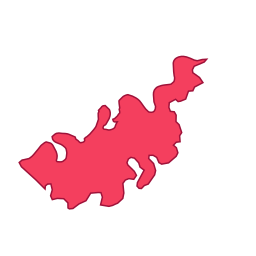 Concordia, Louisiana, United States of America, rotated 224°
{"feature_id": "52423323B66255567298861", "entity_name": "Concordia", "entity_type": "district", "adm_level": 2, "iso_a3": "USA", "parent_name": "United States of America", "parent_adm1": "Louisiana", "projection": "robinson", "projection_center": [-91.593, 31.366], "detail": "fine", "context": "isolated", "style": "filled", "palette": "rose", "viewbox_px": 256, "rotation_deg": 224, "n_neighbors": 0, "source": "geoboundaries", "source_scale": "gbopen_adm2", "svg_char_len": 3395}
<svg xmlns="http://www.w3.org/2000/svg" viewBox="0 0 256 256"><g transform="rotate(224 128 128)"><path d="M81.0,154.3L85.5,158.3L86.2,162.0L93.6,165.9L97.9,165.9L102.3,170.7L106.0,171.8L109.1,169.4L112.9,171.2L115.9,174.9L113.7,181.7L110.3,181.8L108.8,183.9L106.6,188.9L110.1,196.5L107.2,199.8L108.6,203.7L105.6,212.7L111.6,214.0L119.8,212.8L122.1,214.6L123.3,218.4L120.1,225.8L119.0,228.4L119.2,232.1L122.2,228.8L124.9,224.5L127.5,222.9L131.6,221.4L135.2,219.8L137.9,218.0L139.4,216.5L141.0,214.1L141.7,212.2L141.9,211.3L142.0,210.1L141.7,208.3L141.0,206.8L140.3,205.9L134.3,200.3L131.0,197.6L129.8,196.9L129.0,196.1L128.3,195.3L127.3,193.6L127.2,193.0L127.4,190.5L127.5,189.6L127.7,189.2L128.3,188.3L132.1,183.7L133.1,182.3L133.7,181.3L135.0,178.8L135.5,177.3L135.6,176.7L135.5,174.6L135.4,174.0L135.3,173.4L134.2,171.2L132.7,169.5L127.5,164.9L123.2,162.7L121.5,160.5L120.9,158.5L120.9,158.1L121.1,157.0L121.7,156.0L122.3,155.3L123.9,154.1L124.7,153.9L128.3,153.9L131.6,154.4L135.8,155.2L138.7,155.6L141.0,155.5L143.3,155.1L146.9,154.0L151.2,151.9L151.8,151.1L152.6,149.6L153.3,147.6L153.4,146.5L153.5,142.0L153.4,141.4L153.1,141.0L151.2,139.3L148.3,137.0L147.9,136.7L147.3,135.3L145.2,133.9L144.4,133.0L144.4,131.2L144.0,129.5L144.0,128.6L144.2,125.3L144.9,124.0L145.0,123.7L143.6,122.9L142.9,122.7L141.8,123.1L141.4,123.5L140.0,125.0L139.5,123.1L138.9,121.5L137.9,119.3L137.9,118.1L138.4,116.3L139.7,114.0L140.8,112.9L143.1,111.6L143.6,111.0L144.5,110.5L145.3,110.4L146.0,110.7L146.3,111.0L147.0,112.7L147.1,113.0L146.5,114.4L146.5,115.4L148.1,121.6L149.3,124.1L150.4,125.6L151.7,126.9L153.5,128.0L154.4,128.3L160.0,128.3L161.4,126.6L161.7,125.2L161.5,123.8L161.5,121.3L161.5,120.2L160.4,119.7L159.7,117.9L157.5,115.7L155.3,113.7L153.9,110.8L153.0,108.8L152.3,107.4L151.9,106.1L151.5,103.1L151.2,97.1L151.5,93.2L151.9,91.9L152.0,90.1L151.6,89.7L150.7,89.3L150.2,88.2L150.2,87.5L150.3,87.0L150.5,86.5L151.8,84.6L152.2,84.3L152.8,84.2L153.8,84.1L155.2,84.2L157.6,83.8L158.8,84.2L159.4,84.7L159.8,84.8L166.4,82.3L167.7,81.6L169.1,80.6L171.6,78.4L174.2,76.4L175.7,74.5L175.7,74.4L176.0,73.8L176.3,72.6L176.6,69.1L174.6,67.7L173.7,67.4L172.4,67.2L170.6,67.4L169.4,67.8L164.7,69.7L162.7,70.1L159.8,70.3L158.5,70.1L157.8,69.8L156.6,69.0L154.7,67.6L152.4,64.6L152.0,64.0L151.6,63.3L151.4,62.9L151.3,61.5L151.6,59.3L151.8,58.5L152.5,57.3L153.6,56.2L155.4,54.7L155.8,54.5L156.5,54.6L156.9,54.8L157.5,55.7L158.0,56.7L159.1,58.1L159.7,58.8L161.0,59.8L163.3,61.1L169.3,63.1L170.9,63.5L172.8,63.4L173.8,63.0L177.2,61.1L177.8,59.5L178.3,56.1L178.4,54.8L177.9,50.0L177.4,43.3L177.4,40.7L177.9,37.7L178.1,37.1L181.7,31.6L181.9,31.5L182.3,27.6L177.8,26.1L158.6,26.7L145.3,26.5L147.2,28.9L146.9,31.8L144.6,34.2L139.5,30.9L136.6,25.5L132.7,23.9L130.0,28.2L125.1,32.5L119.2,32.4L115.6,28.8L114.0,29.1L111.7,31.8L110.5,39.4L107.7,46.5L109.6,55.2L104.7,60.8L102.6,62.7L98.4,60.5L94.3,53.6L87.3,58.4L85.3,61.6L84.1,64.8L83.3,66.5L83.2,67.0L82.8,73.7L85.8,78.3L93.2,84.6L93.8,88.7L92.2,92.2L88.2,95.1L89.0,99.8L93.4,101.2L102.4,101.3L104.7,102.4L106.2,106.0L105.5,108.9L102.4,110.8L96.1,110.4L92.1,108.2L87.1,108.9L83.3,95.3L81.2,92.5L78.1,92.3L76.3,93.8L76.3,98.0L74.5,101.7L76.3,112.8L78.6,116.6L84.9,120.2L91.9,120.4L93.8,123.0L91.0,125.8L86.9,126.8L81.7,124.6L78.7,125.4L74.6,131.1L73.7,141.1L74.9,144.8L79.5,147.4L83.4,147.2L83.4,151.3L81.0,154.3Z" fill="#f43f5e" stroke="#9f1239" stroke-width="1.5"/></g></svg>